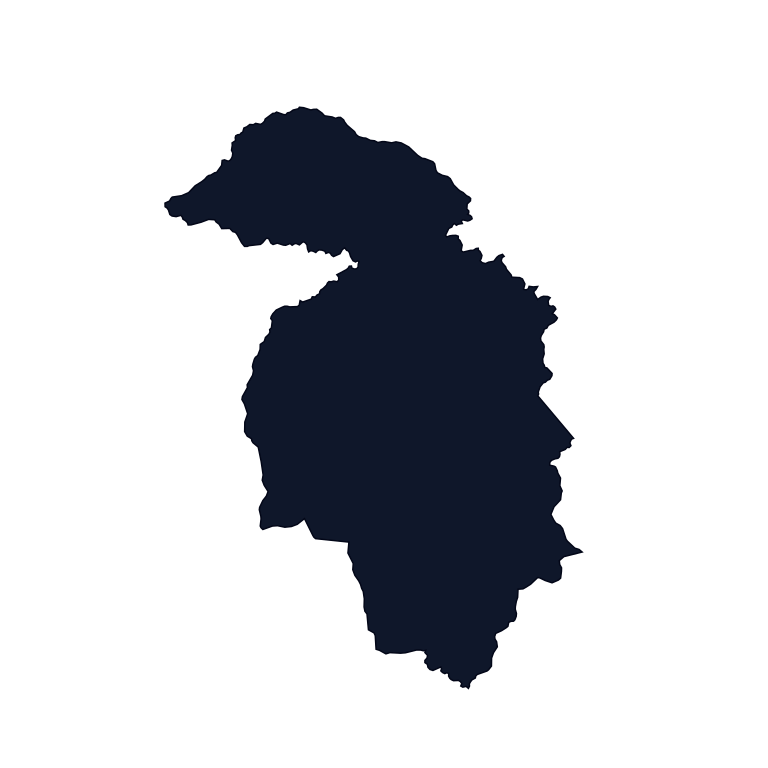 outline of São Gabriel do Oeste, Mato Grosso do Sul, Brazil, rotated 319°
{"feature_id": "56859067B2444555609749", "entity_name": "São Gabriel do Oeste", "entity_type": "district", "adm_level": 2, "iso_a3": "BRA", "parent_name": "Brazil", "parent_adm1": "Mato Grosso do Sul", "projection": "mercator", "projection_center": [-54.463, -19.151], "detail": "fine", "context": "isolated", "style": "filled", "palette": "ink", "viewbox_px": 768, "rotation_deg": 319, "n_neighbors": 0, "source": "geoboundaries", "source_scale": "gbopen_adm2", "svg_char_len": 6155}
<svg xmlns="http://www.w3.org/2000/svg" viewBox="0 0 768 768"><g transform="rotate(319 384 384)"><path d="M423.3,640.8L422.7,636.9L420.3,633.0L419.3,623.0L419.5,620.6L423.9,610.3L424.1,606.4L422.4,601.7L422.8,598.3L424.4,591.9L431.8,588.2L441.3,587.2L446.3,582.6L448.3,581.6L450.0,576.1L455.5,570.8L456.7,565.3L457.9,563.1L459.0,559.2L458.4,557.5L455.8,554.0L457.6,552.0L460.3,551.5L463.8,552.6L466.6,554.2L468.7,554.0L470.6,552.6L472.2,550.4L478.0,552.3L480.5,551.9L482.1,553.4L484.6,553.2L485.6,550.4L487.8,549.2L489.5,548.7L491.4,549.4L492.3,493.9L494.1,493.0L495.1,491.3L500.0,488.5L504.9,487.6L507.0,488.5L509.7,488.3L512.2,489.2L516.2,487.9L517.8,486.3L517.5,478.7L516.2,477.1L517.3,474.9L517.6,472.7L520.2,469.1L524.6,466.4L527.3,462.7L529.2,461.1L530.4,459.2L530.7,454.4L532.3,452.0L534.5,450.6L538.7,449.3L540.8,447.7L543.6,448.6L546.5,447.5L553.0,448.9L556.1,448.7L558.2,447.9L558.1,443.6L557.2,441.3L562.8,440.2L563.3,437.8L562.8,435.9L561.0,435.0L559.9,432.7L562.0,429.4L563.7,428.4L566.0,427.9L565.0,425.4L561.9,422.4L559.4,421.4L555.4,421.0L556.7,414.3L557.6,412.6L560.7,412.3L563.9,411.2L560.4,408.7L557.6,405.5L555.3,406.8L553.0,406.2L551.4,404.1L556.0,400.9L557.4,395.6L556.2,392.7L550.5,387.2L551.5,385.2L551.7,377.7L552.7,375.3L552.7,369.6L553.7,367.5L556.2,366.1L558.4,366.5L558.5,363.9L555.0,362.5L552.4,362.4L547.4,363.4L542.9,360.7L539.6,359.7L537.7,356.9L537.4,354.0L539.8,353.0L542.3,351.2L543.4,346.9L543.0,345.0L544.2,343.4L542.5,342.2L539.1,341.7L537.0,339.9L530.3,336.4L529.7,334.0L534.2,330.4L535.5,325.5L535.2,323.2L537.0,321.2L535.8,319.0L533.4,317.0L531.0,315.4L527.9,314.2L528.0,312.1L535.0,309.1L538.1,310.0L540.2,309.1L542.4,309.0L542.8,311.7L544.9,312.1L548.4,314.3L549.2,311.7L551.1,311.7L554.1,315.9L556.3,316.8L558.9,317.1L559.8,315.2L559.6,313.3L558.4,310.8L560.2,310.5L561.5,309.0L561.3,306.3L564.9,302.7L569.4,302.5L571.1,300.8L570.9,298.6L569.8,296.0L569.3,291.4L568.0,288.0L567.6,285.6L567.2,279.4L568.7,272.5L568.1,269.2L564.9,264.7L562.9,259.6L563.4,256.8L566.7,251.0L566.7,248.3L562.7,240.7L560.8,238.6L559.4,233.5L558.2,221.3L555.2,213.4L551.9,209.1L548.0,207.0L543.5,201.5L541.7,199.9L537.8,197.7L536.4,194.2L533.5,191.1L531.6,186.5L529.7,184.6L527.2,180.7L526.6,177.5L527.3,174.3L525.9,164.5L526.2,160.3L526.8,158.2L526.1,154.3L524.4,152.8L521.7,151.7L520.1,148.5L515.1,142.6L515.0,138.9L513.5,132.5L510.9,130.4L508.6,129.2L504.6,122.7L501.7,119.6L500.0,120.1L495.1,117.6L491.4,117.3L488.9,116.0L486.8,116.4L485.2,115.1L481.3,108.3L479.1,108.0L477.6,106.8L468.2,106.1L466.2,107.3L463.1,107.5L461.1,107.0L458.1,103.1L455.5,102.6L453.0,100.1L449.2,99.9L446.2,98.9L442.7,101.2L440.8,100.8L439.0,101.2L437.1,99.9L435.0,99.4L433.3,100.5L431.7,102.9L427.5,102.4L426.1,104.3L422.3,107.5L421.4,110.5L418.9,112.7L416.9,113.7L414.6,114.2L412.6,113.7L410.7,110.2L408.5,109.1L404.9,112.5L396.5,114.5L394.8,113.5L390.3,112.7L388.6,111.7L386.6,111.4L383.0,111.9L379.0,111.7L371.5,110.5L362.1,111.4L354.8,109.1L346.8,104.0L344.9,104.2L342.2,105.2L337.4,103.8L335.1,106.6L335.7,108.8L335.5,111.2L333.6,115.6L334.2,118.1L336.9,121.3L341.4,123.5L341.3,125.6L340.4,127.8L341.3,130.3L341.5,133.2L340.5,135.5L342.7,137.3L352.1,141.9L359.6,144.7L364.0,149.0L363.6,151.5L364.4,155.2L363.5,160.3L369.7,165.4L369.9,169.8L371.4,172.1L371.2,175.2L369.2,183.9L369.0,188.6L371.0,190.4L373.0,191.1L382.4,197.6L385.2,197.7L390.7,196.8L392.4,198.4L391.1,203.5L391.8,205.9L395.9,207.7L399.1,213.0L400.8,214.8L405.3,216.4L405.7,219.0L408.9,219.5L410.2,220.8L411.4,223.5L416.3,223.5L417.3,225.8L417.1,228.5L414.9,231.9L413.8,234.9L416.2,235.3L417.7,237.3L418.8,240.0L421.0,239.8L423.0,240.2L424.9,242.1L426.5,245.0L425.8,247.3L428.5,248.3L429.3,250.1L428.9,252.4L429.5,254.7L436.3,256.8L440.8,255.2L443.7,255.5L443.5,258.6L444.4,260.2L444.0,262.4L442.4,265.9L441.5,270.7L442.6,273.2L444.5,273.6L445.6,275.1L443.1,276.7L441.2,278.7L439.0,279.1L437.2,277.9L435.8,275.5L436.8,273.6L435.1,272.3L432.8,273.1L430.5,273.0L420.1,270.6L420.0,273.4L418.2,275.7L415.8,276.2L413.6,273.3L411.1,272.2L409.7,270.6L407.6,270.7L405.5,271.7L400.5,272.0L398.1,271.6L396.1,272.2L394.5,273.6L391.8,272.9L389.3,273.3L387.1,271.1L384.8,272.2L376.4,268.8L375.4,266.0L371.7,268.9L369.5,268.8L363.5,264.0L361.9,261.7L360.0,260.1L357.7,259.3L351.2,257.5L346.1,258.1L343.0,259.2L341.5,260.3L341.3,262.9L335.8,267.8L333.4,267.9L332.0,270.0L329.8,270.9L325.1,271.1L321.4,273.4L316.6,272.9L313.2,276.6L307.4,279.7L304.5,279.5L302.5,280.2L298.2,282.9L296.1,284.6L294.2,288.4L290.6,291.2L280.2,294.8L278.6,297.1L268.9,300.6L266.6,302.5L265.6,307.4L261.6,317.0L254.0,321.4L247.6,328.5L246.6,333.7L248.1,338.3L247.0,340.1L246.6,342.4L247.7,349.1L240.4,362.0L233.1,373.4L229.0,376.7L227.1,381.9L226.0,389.1L221.7,391.4L216.1,392.5L209.2,395.5L207.4,397.1L204.2,403.2L202.7,405.2L197.4,410.0L196.9,411.8L197.1,414.3L206.6,418.0L210.7,421.1L215.2,427.0L220.6,430.8L226.5,433.0L235.7,433.4L231.0,451.4L230.6,453.5L230.9,455.8L253.8,480.3L245.9,487.9L243.0,499.3L238.6,503.7L236.5,509.3L235.8,516.0L234.8,519.9L233.1,523.5L232.2,527.0L228.2,533.2L222.7,539.2L220.5,543.0L220.3,546.4L211.0,559.3L213.2,565.3L212.3,568.2L204.0,579.0L205.9,582.1L208.4,588.9L212.2,590.6L219.9,598.0L223.8,600.9L234.0,606.1L237.1,608.8L238.7,611.2L240.8,612.4L238.7,613.5L238.8,617.5L236.5,619.1L233.6,619.4L232.1,621.1L232.8,624.0L231.3,626.7L231.4,629.6L233.0,632.3L241.2,634.8L240.7,636.6L238.7,637.8L238.9,640.2L239.9,642.5L241.7,643.0L243.0,644.8L241.1,646.9L240.6,649.2L240.8,651.2L241.8,653.5L245.7,656.6L246.4,658.5L246.3,661.0L243.8,662.3L244.6,664.5L247.6,666.1L248.0,669.1L250.3,668.1L251.7,666.3L253.6,665.6L256.2,665.0L260.0,665.8L261.8,664.5L263.8,664.4L273.5,668.2L275.4,668.3L280.0,667.4L285.4,661.4L290.4,658.6L297.1,656.7L299.9,652.4L300.4,649.4L301.7,647.3L304.7,645.5L310.8,647.3L316.1,648.1L318.5,648.2L321.8,645.7L324.1,646.4L326.2,648.0L328.1,647.8L331.3,646.1L333.4,644.1L335.3,640.1L337.1,638.2L341.2,634.9L344.9,632.7L350.5,626.8L354.5,629.8L357.9,630.5L363.4,631.3L373.0,630.9L374.4,632.6L376.7,638.0L380.4,644.3L387.0,646.4L389.9,646.4L395.0,641.8L397.4,639.2L398.2,635.5L400.4,632.3L406.5,632.3L423.3,640.8Z" fill="#0f172a" stroke="#020617" stroke-width="1.5"/></g></svg>